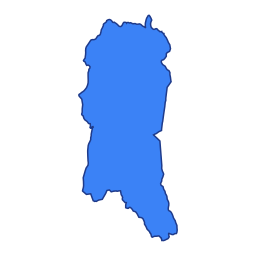 Kota Sawah Lunto, Sumatera Barat, Indonesia
{"feature_id": "22746128B93370341632229", "entity_name": "Kota Sawah Lunto", "entity_type": "district", "adm_level": 2, "iso_a3": "IDN", "parent_name": "Indonesia", "parent_adm1": "Sumatera Barat", "projection": "equal_earth", "projection_center": [100.756, -0.661], "detail": "fine", "context": "isolated", "style": "filled", "palette": "blue", "viewbox_px": 256, "rotation_deg": 0, "n_neighbors": 0, "source": "geoboundaries", "source_scale": "gbopen_adm2", "svg_char_len": 5553}
<svg xmlns="http://www.w3.org/2000/svg" viewBox="0 0 256 256"><path d="M158.7,30.6L158.1,30.2L157.2,29.1L157.0,28.9L156.7,28.7L155.8,28.7L155.0,29.1L154.6,29.2L154.2,29.4L153.4,29.3L152.7,28.8L152.2,28.4L151.7,27.8L151.2,27.1L151.1,26.9L151.0,26.7L150.8,25.9L150.7,25.2L150.6,24.7L150.6,23.9L150.6,23.3L150.7,23.1L150.9,22.1L151.0,21.8L151.1,21.6L151.2,21.2L151.5,20.6L151.7,20.3L151.7,19.9L151.6,19.7L151.2,18.8L151.0,18.2L150.7,17.7L150.5,17.4L150.2,16.7L149.7,16.0L149.3,15.4L149.1,15.4L148.5,15.4L148.2,15.6L147.8,16.2L147.4,17.0L146.8,17.9L146.6,18.4L146.2,19.5L146.1,19.9L145.8,21.2L145.7,21.7L145.5,22.4L145.4,23.1L145.3,23.9L145.3,25.4L145.3,26.1L145.4,26.7L145.5,27.2L145.5,27.5L145.3,27.6L143.8,26.6L143.0,26.3L142.5,26.0L141.8,25.4L141.5,25.0L141.0,24.6L140.3,24.2L139.8,24.0L139.3,23.9L139.2,23.9L138.9,24.0L137.9,24.2L137.0,24.2L136.7,24.2L136.3,24.1L135.8,23.8L135.3,23.6L134.7,23.6L134.3,23.6L133.7,23.7L133.1,23.7L132.4,23.6L131.8,23.3L131.5,23.2L131.1,22.9L130.7,22.7L129.9,22.9L129.4,23.0L129.2,22.9L128.8,22.7L128.4,22.5L127.6,22.5L127.4,22.6L127.0,22.7L126.9,22.7L126.8,22.8L126.8,22.7L126.7,22.7L126.1,22.5L125.7,22.4L125.0,22.3L124.9,22.3L124.1,22.3L123.6,22.5L122.9,23.7L122.8,23.9L122.7,24.1L122.4,24.7L122.3,24.9L122.1,25.3L122.0,25.5L121.7,25.8L121.6,26.0L121.1,26.3L120.9,26.5L120.7,26.5L120.0,26.5L119.6,26.4L119.4,26.3L118.9,26.1L118.7,25.9L118.2,25.4L117.9,25.1L117.7,24.7L117.3,24.4L116.9,24.1L116.6,23.8L116.2,23.5L114.9,22.7L114.5,22.3L114.3,22.2L114.1,22.2L113.2,22.5L112.6,22.2L112.4,21.9L112.2,21.5L111.9,21.2L111.7,20.9L111.3,20.5L111.2,20.4L111.0,20.2L110.7,20.0L110.5,19.9L110.1,19.7L109.8,19.6L109.4,19.5L109.0,19.6L108.4,19.7L108.1,19.8L107.2,20.3L106.7,20.6L106.7,20.8L106.6,21.0L106.6,21.4L106.0,22.2L105.7,22.4L105.6,22.5L104.5,23.3L104.4,23.4L104.1,23.6L103.7,23.9L103.4,24.4L103.4,25.1L103.3,25.7L103.1,26.2L102.9,26.6L102.7,27.1L102.6,27.3L102.4,27.8L102.1,28.4L101.8,28.9L101.4,29.6L101.3,29.9L101.2,30.5L101.1,31.0L100.9,32.2L100.6,33.0L100.5,33.7L100.3,34.2L99.8,34.9L99.8,35.0L99.4,35.3L99.2,35.3L99.0,35.5L98.9,35.5L98.6,35.5L98.2,35.6L97.8,35.9L97.7,36.0L97.5,36.3L97.3,36.5L97.0,37.0L96.5,37.8L96.1,38.4L95.9,38.7L95.6,39.0L94.7,39.4L94.2,39.6L93.9,39.6L93.1,39.7L92.7,39.6L92.4,39.6L92.1,39.7L91.6,39.8L91.3,39.9L91.0,40.2L90.8,40.2L90.0,41.4L87.8,44.7L86.4,46.7L85.8,48.4L85.6,50.6L85.7,52.3L85.6,54.4L85.3,56.5L85.1,58.1L84.2,59.3L83.5,60.5L83.8,61.2L84.8,61.7L85.2,62.2L86.1,64.4L86.8,65.4L88.0,65.1L89.0,65.5L90.0,66.7L89.9,68.0L88.9,69.3L88.8,70.7L88.1,72.7L88.1,76.2L88.2,80.3L88.1,83.0L87.5,85.3L86.5,87.7L85.2,89.4L84.1,90.7L82.7,91.8L81.5,92.5L80.6,93.4L79.2,94.3L78.8,95.0L79.2,96.2L81.8,99.2L82.1,101.3L82.5,103.5L82.7,104.7L82.2,108.9L82.2,109.5L82.2,112.3L81.7,114.0L81.7,114.3L82.1,115.1L83.3,116.1L83.4,116.8L83.7,117.7L83.9,118.4L84.8,119.8L86.6,121.1L87.4,121.8L88.5,123.4L89.3,123.7L90.2,123.7L90.4,125.2L90.3,126.5L90.0,127.5L90.6,128.2L91.1,128.2L91.9,127.0L92.9,126.6L93.2,127.1L92.2,128.4L92.3,128.6L91.2,134.2L91.2,135.7L90.7,137.8L90.7,139.7L90.0,141.3L88.7,143.9L88.2,145.6L87.7,150.6L87.7,152.1L87.8,155.1L87.8,155.5L88.0,159.8L88.0,160.4L88.3,163.0L88.0,165.3L86.9,166.9L86.1,168.1L85.3,170.5L83.2,177.8L83.5,181.4L83.6,185.5L83.4,187.3L82.6,190.4L82.7,190.5L82.6,191.1L86.4,194.4L90.7,193.8L93.2,200.7L93.6,200.8L94.5,201.4L95.2,201.2L96.3,201.4L98.6,200.1L102.3,199.3L105.7,193.4L106.9,190.5L108.5,190.1L109.5,190.0L111.2,191.8L112.5,191.5L114.0,191.1L115.0,191.1L116.2,190.9L116.7,191.2L117.7,191.2L118.8,190.9L119.8,190.8L120.5,190.8L121.2,194.7L122.0,195.9L122.6,197.4L122.3,198.7L122.4,199.7L125.1,202.6L126.3,202.6L125.7,204.9L125.7,207.7L127.3,208.3L128.3,208.3L129.4,207.4L130.5,207.5L132.3,209.4L133.2,211.0L135.6,211.8L137.0,213.6L138.3,216.1L138.9,217.3L141.4,217.6L142.8,218.5L143.8,220.5L144.5,222.3L144.5,224.1L146.0,226.6L147.1,229.2L149.4,231.5L150.1,233.1L150.6,233.5L151.0,234.5L151.5,236.5L152.2,237.2L154.4,236.3L156.6,236.2L158.9,235.9L161.3,238.1L161.2,238.7L161.6,239.1L161.6,239.3L161.8,240.5L162.8,240.5L163.5,240.6L164.8,240.2L165.9,239.6L166.8,239.2L167.9,238.7L168.7,237.7L169.2,236.8L168.8,235.5L168.6,234.0L168.7,233.4L169.2,233.4L169.9,233.8L171.0,234.1L171.8,234.5L172.9,234.6L173.7,234.4L174.5,233.7L176.4,233.5L176.9,232.3L177.2,230.0L177.0,228.0L176.9,225.4L175.7,222.6L175.2,220.7L174.3,219.3L173.4,217.7L173.1,216.6L172.3,214.4L171.3,212.5L170.4,211.4L169.1,210.8L168.4,210.0L168.2,208.9L168.4,207.1L168.8,205.2L168.8,203.2L168.4,201.6L167.2,199.2L166.9,196.5L166.5,195.4L165.4,193.5L165.1,191.9L164.8,191.0L163.8,189.5L163.4,188.2L163.1,186.8L162.8,186.4L161.5,185.6L160.9,184.9L160.6,183.6L161.1,182.3L161.5,181.7L161.7,180.9L161.8,179.3L162.5,177.7L163.0,176.5L163.2,175.5L163.6,174.6L163.5,173.5L163.0,172.4L162.4,171.1L161.7,168.6L161.8,165.6L159.9,141.0L156.8,138.0L155.2,136.5L154.0,135.4L153.7,135.2L153.5,134.9L153.9,134.7L154.3,134.5L154.7,134.2L156.4,133.5L158.8,131.7L161.5,130.5L161.6,128.9L161.9,126.5L162.3,123.0L162.7,121.4L163.1,118.3L163.7,113.9L164.8,106.5L165.2,102.4L165.8,100.4L165.8,98.2L166.3,94.1L166.9,89.4L167.1,87.6L167.2,87.2L167.6,86.7L169.3,84.3L171.1,81.7L170.8,80.9L170.9,80.5L170.7,79.3L170.4,76.9L169.9,74.7L169.9,72.5L168.9,70.6L167.3,69.8L166.4,68.6L165.2,66.3L162.6,64.5L161.4,62.5L161.3,61.0L162.1,60.1L163.6,59.7L165.0,58.2L166.3,56.3L166.3,53.7L167.2,52.6L169.6,51.3L170.1,49.9L170.5,48.6L170.3,47.8L169.8,44.8L168.4,42.5L167.5,40.3L166.2,37.6L164.8,35.9L163.6,34.0L163.8,33.6L163.6,33.6L161.7,32.1L161.7,31.5L160.0,31.7L158.7,30.6Z" fill="#3b82f6" stroke="#1e3a8a" stroke-width="1.5"/></svg>